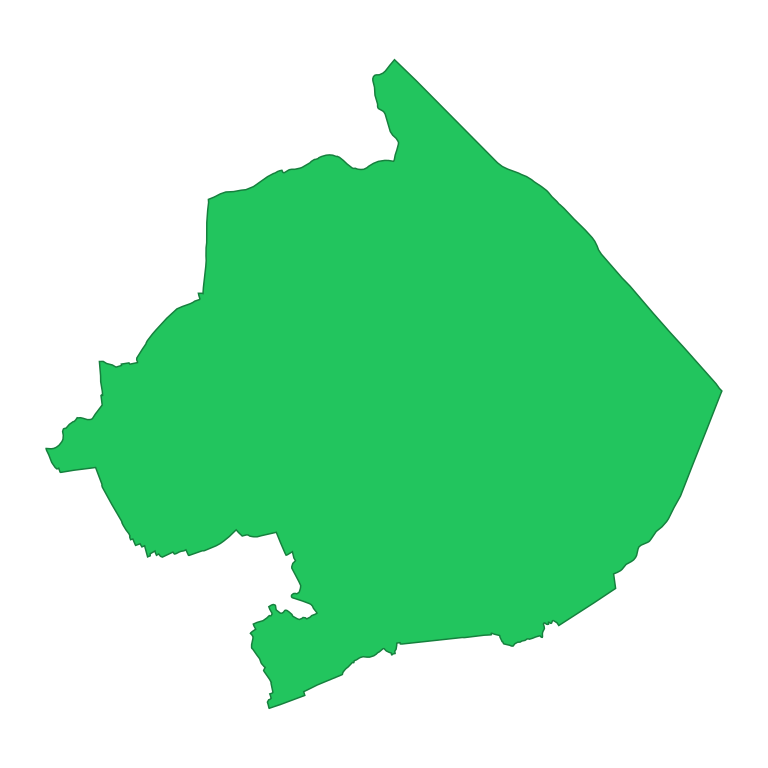 Cau Ngang, Trà Vinh, Vietnam
{"feature_id": "81297802B90196015208533", "entity_name": "Cau Ngang", "entity_type": "district", "adm_level": 2, "iso_a3": "VNM", "parent_name": "Vietnam", "parent_adm1": "Trà Vinh", "projection": "mercator", "projection_center": [106.416, 9.786], "detail": "fine", "context": "isolated", "style": "filled", "palette": "green", "viewbox_px": 768, "rotation_deg": 0, "n_neighbors": 0, "source": "geoboundaries", "source_scale": "gbopen_adm2", "svg_char_len": 6078}
<svg xmlns="http://www.w3.org/2000/svg" viewBox="0 0 768 768"><path d="M721.9,391.0L719.3,388.3L716.1,383.8L684.4,348.1L669.8,332.1L653.4,313.5L630.0,286.1L622.0,277.9L601.3,254.1L598.5,249.8L597.2,246.2L594.8,241.3L592.3,237.8L585.1,229.9L573.9,218.9L564.2,208.6L560.1,204.8L558.9,203.9L556.9,201.5L551.8,196.6L548.5,192.5L546.7,190.6L541.5,186.6L534.2,181.8L531.9,179.9L526.6,176.6L521.4,174.5L518.6,173.1L507.7,169.1L502.3,166.5L497.5,162.8L415.9,80.4L394.5,59.7L390.2,64.8L385.4,71.0L383.0,73.1L379.3,74.8L376.1,74.9L374.6,75.4L373.4,76.8L372.8,78.8L372.9,80.8L374.5,87.2L375.0,95.2L377.6,104.1L377.6,106.5L377.9,107.7L378.5,108.6L382.8,111.0L384.0,112.1L385.2,114.2L390.3,131.6L392.7,135.2L396.1,138.3L397.8,140.9L398.5,142.4L398.4,144.2L396.8,150.1L395.2,155.0L394.4,159.3L394.1,160.5L393.4,161.3L388.6,160.5L384.8,160.4L378.3,161.4L373.4,163.4L368.6,166.3L367.0,167.7L363.8,169.3L360.9,169.5L357.7,169.2L355.4,168.3L353.0,168.4L352.1,167.9L347.2,164.1L343.3,160.4L339.4,157.3L338.4,156.9L337.1,156.3L336.3,156.5L332.8,155.2L329.5,154.9L326.1,155.2L321.6,156.5L318.9,157.7L318.1,158.5L316.0,159.3L314.4,159.5L313.6,160.0L311.3,161.4L310.0,162.8L302.1,167.4L300.2,168.1L294.8,169.3L291.7,169.3L289.8,169.6L288.9,169.9L284.5,172.6L283.6,172.7L282.9,172.4L281.9,170.3L279.9,170.7L277.6,171.5L275.3,172.9L273.3,173.6L267.5,176.7L253.5,186.6L245.9,189.7L241.2,190.2L233.6,191.6L225.8,192.0L220.3,193.9L214.1,197.1L208.4,199.4L208.6,202.5L207.7,210.1L206.8,222.5L206.7,242.8L206.1,247.7L206.0,255.7L206.2,260.6L205.8,266.2L203.4,287.5L203.0,293.6L201.8,293.3L198.4,293.3L198.9,295.6L199.9,298.8L199.6,299.5L194.6,301.2L193.3,302.2L190.3,303.7L182.4,306.5L176.9,308.9L166.9,318.1L156.3,329.6L152.4,334.1L147.4,340.6L146.2,342.9L146.0,343.8L142.4,349.1L136.8,358.0L136.7,359.9L137.5,361.9L137.5,362.6L130.2,364.1L129.7,364.0L129.0,362.9L121.3,364.1L121.5,365.5L116.0,367.1L112.4,365.0L106.6,363.5L103.2,361.4L99.4,361.5L100.6,375.8L100.7,381.7L102.3,391.3L102.6,395.4L101.8,395.6L101.4,395.1L101.0,395.5L102.2,405.0L95.3,414.1L92.7,418.2L91.5,419.3L89.5,419.6L87.3,419.6L83.1,418.3L80.5,417.7L77.8,417.9L77.2,417.7L75.8,419.8L74.2,421.5L73.8,421.5L73.1,421.7L69.4,424.3L66.1,428.1L64.0,428.6L63.4,429.0L62.6,431.5L63.3,435.3L63.0,439.2L62.0,441.5L59.0,445.3L56.3,447.3L53.8,448.4L51.2,448.8L46.7,448.5L46.1,448.5L46.1,448.8L46.6,450.4L48.8,454.9L51.6,462.2L52.4,463.5L55.1,467.4L56.8,468.9L57.9,468.7L58.7,468.2L60.1,472.1L60.7,472.4L74.1,470.2L95.6,467.5L101.7,483.6L102.0,484.5L101.9,485.6L102.4,487.3L111.8,504.4L121.1,520.3L122.1,522.3L121.9,522.7L123.2,525.3L126.0,529.9L128.9,533.7L130.0,536.0L129.7,536.8L129.9,537.7L130.6,539.7L132.3,539.1L132.9,539.1L135.0,544.2L135.6,545.4L140.1,543.8L141.9,546.9L144.6,545.8L147.6,556.9L150.2,555.8L150.2,553.8L155.0,551.0L155.4,552.8L156.5,555.3L158.7,554.0L160.5,556.3L162.4,557.1L172.9,552.1L174.4,554.0L175.2,553.9L176.4,553.5L179.0,552.1L181.1,551.3L184.0,550.8L185.9,549.8L188.4,555.2L188.7,555.4L189.1,555.4L202.2,550.8L203.9,550.8L204.8,550.5L216.1,545.8L220.3,543.5L223.8,541.0L229.2,536.6L236.2,529.8L238.5,532.5L242.2,536.0L246.5,534.9L248.1,535.0L249.8,536.1L252.3,536.6L254.0,536.8L257.2,536.8L261.3,535.7L276.3,532.3L280.6,542.9L285.0,553.1L286.1,555.2L287.3,554.8L292.4,551.7L293.9,558.0L295.5,560.7L292.8,563.4L291.8,566.6L291.8,568.1L298.9,581.6L300.7,585.5L300.6,587.1L300.3,588.8L299.4,591.6L298.9,592.5L296.7,593.8L295.2,593.4L293.4,593.6L291.6,595.1L291.4,596.1L291.6,597.0L292.3,597.7L302.5,601.0L309.4,603.6L310.9,604.4L312.4,606.0L313.5,608.4L316.8,612.6L317.0,613.2L315.3,614.2L311.7,615.6L310.2,617.1L306.9,618.8L306.5,618.8L305.4,617.8L303.0,617.5L302.0,618.4L299.3,619.5L297.3,618.8L293.1,616.4L292.3,615.5L292.0,614.5L288.9,611.8L287.0,610.5L285.9,610.2L285.1,610.3L284.7,610.6L283.4,612.3L282.6,612.8L281.8,613.2L280.4,613.2L276.3,610.0L276.0,609.2L275.5,605.7L275.0,605.0L273.2,604.5L271.4,605.1L268.8,606.7L269.8,609.3L271.8,612.9L272.1,614.0L271.0,615.8L270.3,615.9L269.3,615.6L266.8,618.0L263.0,620.7L257.1,622.4L253.3,624.1L253.9,625.8L255.7,629.2L252.3,631.5L250.8,632.8L250.4,633.4L251.8,634.8L253.0,636.8L252.9,638.6L251.6,644.7L251.6,647.6L251.9,648.4L252.8,649.2L256.9,655.1L259.1,658.0L259.7,658.9L261.1,662.9L262.0,664.2L264.3,666.8L265.2,667.3L263.6,670.4L264.0,671.3L269.7,679.5L271.2,682.4L271.0,682.5L271.1,683.6L272.9,692.2L272.7,692.6L271.7,693.3L269.8,693.9L270.4,695.5L271.1,698.3L270.1,699.3L268.7,699.8L267.4,702.1L268.2,704.7L269.0,708.1L269.2,708.3L282.1,703.9L304.8,695.4L303.7,691.7L317.2,685.0L342.0,674.7L342.4,674.4L342.8,672.6L344.3,670.5L346.0,668.6L348.1,667.0L352.2,662.7L352.6,662.4L353.5,662.7L353.8,662.6L354.2,660.9L354.7,660.5L356.4,659.9L359.3,658.0L360.6,657.4L363.1,656.7L366.9,657.1L369.7,657.1L373.8,655.8L376.2,654.2L377.6,652.8L379.4,651.8L382.9,648.8L383.6,648.6L384.2,648.7L385.9,650.6L386.8,651.2L389.3,652.4L391.1,652.9L391.6,654.8L391.9,654.9L393.1,653.9L395.1,653.5L394.8,651.2L396.1,649.2L396.7,645.4L396.8,643.2L397.4,643.0L399.9,642.6L400.2,642.9L400.2,643.8L400.5,644.0L402.1,644.0L462.2,637.5L464.4,637.6L484.2,635.2L490.3,634.9L491.3,634.7L491.2,633.4L491.6,633.2L494.4,634.2L499.6,635.5L499.8,635.9L500.0,637.2L502.1,641.6L502.9,642.1L503.5,643.6L503.9,643.9L509.8,645.3L511.3,646.0L512.7,646.1L513.2,646.0L514.7,643.9L517.1,642.5L517.7,642.2L520.1,642.1L522.0,641.0L525.0,640.4L527.2,638.9L528.5,638.9L529.4,639.2L532.7,638.2L535.6,637.0L539.6,635.8L540.0,635.8L540.7,636.7L541.7,637.3L542.3,637.3L542.5,636.7L542.4,633.6L542.8,631.8L544.4,628.6L544.2,626.9L543.4,623.9L544.2,622.9L544.8,623.0L546.5,624.2L547.4,624.4L548.5,624.2L548.5,622.2L548.9,622.2L550.6,623.3L551.1,623.3L551.6,623.0L552.4,620.9L552.9,620.6L553.5,620.6L557.0,622.8L558.8,625.5L594.0,602.8L615.6,588.4L613.6,573.9L617.5,572.3L620.6,570.6L622.1,569.3L626.1,564.4L631.4,561.5L633.6,559.9L635.5,557.6L636.6,555.4L638.1,548.8L639.0,546.8L641.2,545.1L647.5,542.4L648.6,541.8L649.5,541.1L651.1,539.0L656.2,531.5L662.0,526.8L666.6,521.6L668.5,518.7L674.0,507.6L680.5,496.0L693.0,464.0L707.0,428.8L720.5,394.3L721.9,391.0Z" fill="#22c55e" stroke="#15803d" stroke-width="1.5"/></svg>